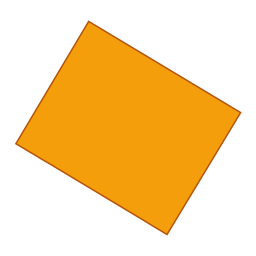 Republic, Kansas, United States of America (Albers equal-area conic projection), rotated 211°
{"feature_id": "52423323B40433971762131", "entity_name": "Republic", "entity_type": "district", "adm_level": 2, "iso_a3": "USA", "parent_name": "United States of America", "parent_adm1": "Kansas", "projection": "albers", "projection_center": [-97.674, 39.828], "detail": "fine", "context": "isolated", "style": "filled", "palette": "amber", "viewbox_px": 256, "rotation_deg": 211, "n_neighbors": 0, "source": "geoboundaries", "source_scale": "gbopen_adm2", "svg_char_len": 413}
<svg xmlns="http://www.w3.org/2000/svg" viewBox="0 0 256 256"><g transform="rotate(211 128 128)"><path d="M74.3,56.9L74.2,56.9L69.0,56.9L63.0,56.9L57.1,56.8L39.7,56.8L39.4,199.2L216.6,199.1L216.0,56.8L201.3,56.8L200.7,56.8L198.3,56.8L192.3,56.9L186.5,56.8L171.8,57.0L171.4,56.9L170.2,56.9L91.1,56.9L90.6,56.9L90.2,56.9L88.2,56.9L74.9,56.9L74.3,56.9Z" fill="#f59e0b" stroke="#b45309" stroke-width="1.5"/></g></svg>